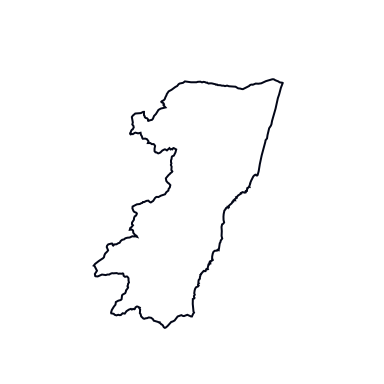 the district of Cañete, Lima, Peru, rotated 231°
{"feature_id": "86281439B38197042578648", "entity_name": "Cañete", "entity_type": "district", "adm_level": 2, "iso_a3": "PER", "parent_name": "Peru", "parent_adm1": "Lima", "projection": "natural_earth1", "projection_center": [-76.444, -12.8], "detail": "fine", "context": "isolated", "style": "outline", "palette": "ink", "viewbox_px": 384, "rotation_deg": 231, "n_neighbors": 0, "source": "geoboundaries", "source_scale": "gbopen_adm2", "svg_char_len": 6046}
<svg xmlns="http://www.w3.org/2000/svg" viewBox="0 0 384 384"><g transform="rotate(231 192 192)"><path d="M196.6,69.3L195.9,69.7L190.6,68.6L189.4,64.9L187.6,63.9L187.1,64.1L185.7,65.6L184.5,70.1L181.7,72.7L181.1,74.3L179.9,75.8L179.8,77.1L179.2,78.8L178.2,79.8L176.4,82.4L174.5,83.6L174.1,84.5L172.9,85.7L172.3,87.0L171.6,87.1L170.0,86.2L169.1,86.3L168.2,86.6L167.7,87.8L167.1,88.4L165.4,88.5L164.5,88.1L163.4,87.1L161.3,86.0L161.0,84.7L160.1,83.8L159.6,82.8L159.1,82.4L158.3,82.5L157.9,82.1L157.2,79.8L157.1,78.9L156.2,77.9L155.4,76.4L155.9,73.5L155.7,72.6L153.0,69.8L152.9,68.6L153.9,66.4L154.4,63.6L152.6,61.6L152.1,59.2L150.8,55.5L149.3,53.3L148.5,52.9L146.6,54.5L145.3,54.6L143.7,55.6L143.0,57.4L142.0,58.1L141.2,59.2L141.4,61.8L139.8,63.2L140.6,66.1L140.3,69.0L139.6,71.0L138.5,71.3L138.2,72.7L137.2,73.3L137.1,74.0L137.9,75.5L137.7,77.1L137.2,77.6L135.0,78.6L134.8,77.9L133.4,77.8L130.6,75.2L129.4,75.2L127.3,74.2L124.2,74.6L123.4,75.3L123.1,76.3L122.2,77.8L121.7,79.5L119.9,81.1L117.7,81.6L116.1,81.3L112.3,83.9L111.7,84.0L111.1,84.9L110.3,84.6L109.3,84.9L108.6,84.8L107.6,85.3L106.7,85.4L104.7,85.0L103.5,85.4L103.2,86.2L103.2,88.5L104.1,94.2L103.6,95.1L103.1,97.6L104.3,102.5L103.0,106.2L101.3,107.0L100.6,107.7L99.5,111.1L95.9,112.9L95.3,113.6L96.6,116.1L97.0,117.7L98.1,117.9L104.5,122.1L108.3,125.3L107.9,126.7L108.1,127.3L109.2,127.5L110.0,128.1L110.4,129.5L111.9,130.0L113.9,132.2L114.9,133.7L115.4,135.2L114.8,137.3L115.0,138.0L115.3,137.8L116.3,138.4L116.7,139.8L117.2,139.6L118.8,141.1L119.6,142.2L119.4,142.9L119.8,143.7L121.0,144.7L121.6,145.8L122.4,146.3L122.3,147.2L122.7,147.6L122.6,147.8L122.8,148.4L123.3,151.3L123.2,151.7L122.5,152.0L122.0,152.7L122.9,154.3L122.4,155.1L122.6,155.2L122.4,155.5L122.8,155.5L122.6,156.1L123.1,156.4L125.4,159.3L125.4,160.0L124.9,160.1L125.0,160.5L125.3,160.6L125.1,161.0L125.6,161.0L125.6,161.3L126.1,161.1L126.6,161.9L126.4,162.3L126.6,162.5L126.4,162.8L126.5,163.3L126.2,163.7L126.0,165.3L126.6,165.6L127.1,165.3L129.2,167.1L131.1,169.4L132.0,171.1L132.0,172.7L131.0,174.1L131.0,175.0L130.5,175.2L130.8,176.0L130.1,176.3L130.7,176.9L130.2,177.5L130.8,177.1L134.7,181.3L135.0,182.3L136.2,183.9L136.8,186.2L139.2,187.3L142.8,190.5L146.2,192.9L147.9,195.0L147.7,196.3L148.1,197.8L150.4,198.9L153.0,200.9L154.9,202.7L157.2,205.5L157.4,206.7L157.7,207.3L157.6,207.5L158.1,208.4L158.0,209.8L157.4,210.0L157.8,210.3L157.4,210.5L157.4,210.9L157.7,211.3L157.4,211.4L157.9,211.8L158.2,213.1L158.2,215.7L158.6,216.4L158.5,217.0L158.9,217.3L158.7,218.0L159.1,218.1L159.1,218.5L159.4,219.1L158.6,220.1L159.4,220.2L159.5,220.5L159.4,221.7L159.5,222.8L159.8,222.9L159.5,223.2L160.1,223.6L159.9,224.1L160.3,225.5L160.0,228.2L160.3,228.8L160.0,228.9L159.8,229.4L160.3,230.0L160.1,231.2L158.4,232.5L158.4,233.1L157.9,233.4L158.0,233.7L158.5,233.5L158.9,234.3L158.6,234.6L158.8,235.4L158.5,235.6L159.7,236.7L159.7,237.3L160.2,237.5L160.0,238.7L160.3,239.6L159.9,239.9L160.4,240.1L161.6,242.1L162.1,242.5L162.2,243.0L162.5,243.2L163.6,245.2L165.5,249.4L165.7,250.6L165.6,252.0L165.3,252.5L164.3,252.5L163.8,253.1L163.9,253.7L166.2,256.9L171.1,262.4L176.6,269.2L184.8,280.5L185.9,281.7L186.4,284.0L188.7,286.5L193.0,292.1L193.9,295.0L194.6,296.3L196.9,299.0L204.2,309.4L210.9,317.8L212.9,321.0L217.0,326.6L219.6,331.1L220.0,331.0L222.1,329.1L223.6,328.7L226.4,327.1L228.1,326.5L229.1,325.3L231.6,319.3L232.9,314.2L234.4,311.7L236.2,309.7L237.1,306.7L237.7,306.3L238.3,305.3L238.6,303.9L238.4,303.2L239.9,296.3L240.8,295.4L242.0,294.6L243.5,293.1L246.4,292.1L250.9,287.3L252.6,286.2L253.5,284.3L254.7,283.5L255.9,282.1L257.3,281.1L258.8,279.3L259.9,279.0L260.2,278.2L261.0,278.0L264.0,275.7L265.3,274.2L265.7,273.3L266.8,272.7L267.5,272.6L267.9,271.9L269.3,271.2L270.4,270.2L270.9,268.8L272.5,267.9L274.0,265.8L274.5,264.5L278.0,260.2L282.4,256.1L282.5,253.7L284.1,250.6L284.2,249.4L283.7,247.2L284.1,245.1L284.3,240.4L284.9,237.2L283.9,233.9L283.4,233.3L282.1,230.4L281.7,230.0L281.3,229.1L281.1,227.6L281.5,226.2L281.5,225.0L281.0,224.8L279.1,225.7L277.9,225.5L277.9,224.9L277.5,224.5L274.4,224.6L276.5,220.2L276.9,217.6L275.3,213.0L275.0,210.4L273.5,207.7L273.3,206.2L274.1,204.7L274.7,202.9L275.1,202.7L275.9,203.5L277.5,203.5L278.7,202.6L279.8,202.4L280.6,202.9L281.9,203.0L284.5,205.1L285.0,204.5L285.5,201.9L288.7,197.3L288.6,194.0L288.1,192.4L283.3,189.8L282.0,188.1L280.3,188.1L278.9,187.4L278.0,185.4L278.2,184.6L277.9,183.4L276.9,181.8L276.8,181.2L276.3,180.6L275.7,180.5L275.3,180.6L275.0,181.8L274.2,182.4L274.0,184.6L273.7,185.4L271.5,187.0L270.4,189.3L268.6,188.3L266.9,188.1L265.0,187.3L264.3,187.3L262.9,189.3L261.4,190.2L258.7,190.1L257.8,188.5L256.3,190.4L254.5,190.9L253.5,192.2L252.8,192.5L251.0,192.3L249.3,190.2L247.3,188.6L245.8,188.6L245.2,189.3L243.5,189.9L243.1,190.3L242.6,192.3L242.9,195.0L242.4,197.5L241.8,198.1L240.1,198.7L240.3,202.1L238.6,202.1L238.3,203.1L237.5,203.6L237.9,204.8L237.7,205.4L235.0,206.5L233.2,204.1L231.7,200.8L232.2,199.1L232.0,198.4L230.4,196.7L229.9,195.7L228.3,194.4L227.3,194.1L226.3,192.6L224.5,192.1L222.1,189.8L220.4,189.7L220.1,188.9L220.2,186.7L219.9,185.9L220.0,184.8L219.1,180.3L216.8,179.0L214.5,179.0L213.3,179.4L211.0,179.5L209.5,177.6L209.1,175.8L208.0,174.5L208.0,171.9L207.2,169.6L208.7,165.6L209.2,162.7L210.3,161.7L210.6,161.1L210.6,159.6L209.5,156.2L209.8,153.4L210.8,152.9L212.8,152.6L213.8,150.9L214.3,148.5L215.1,147.6L214.8,146.6L215.3,145.3L215.5,143.9L217.1,141.4L218.1,136.7L216.8,135.4L214.3,134.6L212.9,134.6L210.8,135.7L209.8,135.5L208.9,133.7L209.1,132.1L208.2,130.5L207.0,129.4L206.0,126.2L204.8,125.1L203.3,125.2L202.8,122.8L202.9,121.4L201.8,119.9L200.9,121.4L199.6,121.9L198.9,121.8L197.3,120.7L194.6,120.7L192.8,121.3L191.7,121.1L193.1,120.2L193.9,119.0L195.2,117.7L195.8,115.0L197.2,112.9L198.0,111.0L197.9,109.6L198.8,107.6L198.8,105.8L198.1,103.8L198.6,102.5L198.9,100.4L200.2,98.6L199.9,97.1L200.3,96.9L202.1,97.5L202.6,97.0L204.0,94.0L203.7,92.2L202.9,91.1L199.5,90.1L199.1,88.8L198.8,85.8L197.9,84.0L196.8,82.7L196.5,81.4L197.0,76.3L197.1,71.5L196.6,69.3Z" fill="none" stroke="#020617" stroke-width="2"/></g></svg>